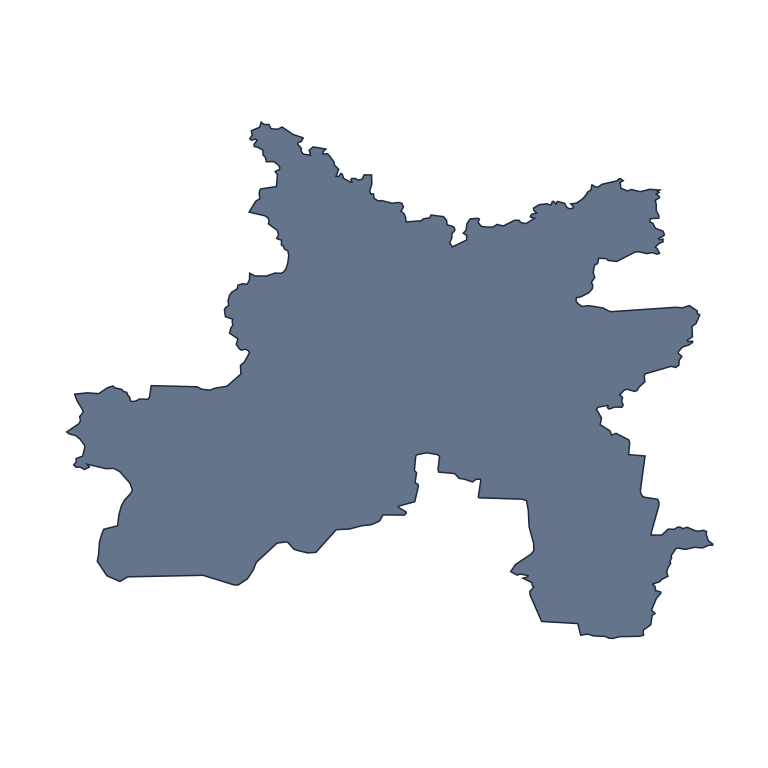 an SVG outline of Kirov, rotated 176°
{"feature_id": "RUS-2384", "entity_name": "Kirov", "entity_type": "Region", "adm_level": 1, "iso_a3": "RUS", "parent_name": "Russia", "parent_adm1": "", "projection": "natural_earth1", "projection_center": [49.311, 58.566], "detail": "fine", "context": "isolated", "style": "filled", "palette": "slate", "viewbox_px": 768, "rotation_deg": 176, "n_neighbors": 0, "source": "natural_earth", "source_scale": "10m", "svg_char_len": 6117}
<svg xmlns="http://www.w3.org/2000/svg" viewBox="0 0 768 768"><g transform="rotate(176 384 384)"><path d="M412.3,597.1L411.0,596.2L410.0,592.0L403.3,587.6L401.8,587.8L402.9,590.0L401.7,591.3L397.9,591.0L396.2,589.3L392.9,589.5L391.5,590.0L389.2,594.0L381.8,593.4L382.2,584.3L384.7,577.9L384.2,574.8L381.3,574.4L380.8,569.8L377.0,567.0L373.6,567.2L363.2,563.7L356.9,564.1L353.6,563.1L352.2,559.1L355.0,555.3L352.0,552.3L350.8,548.6L350.7,544.2L335.5,544.2L333.2,546.1L326.9,546.5L325.4,549.3L312.9,546.8L310.2,543.0L309.9,538.4L304.0,536.2L302.8,534.6L302.6,532.3L305.8,529.2L306.1,525.0L308.6,520.3L306.3,516.0L291.6,521.8L291.2,526.5L294.5,528.9L291.4,531.6L290.1,538.0L286.6,542.7L279.1,542.8L277.4,541.9L278.8,538.9L276.2,534.6L270.0,533.3L264.5,533.0L259.9,535.3L254.0,533.3L242.5,538.2L237.8,537.9L236.4,535.5L231.2,534.1L222.2,538.9L226.0,540.2L226.3,541.2L224.8,543.0L219.8,544.0L222.5,547.0L222.7,549.0L216.6,552.1L208.9,552.4L205.0,550.8L203.3,554.3L202.0,554.3L199.8,551.4L198.3,554.1L191.1,551.6L189.7,547.9L187.0,545.9L183.0,546.2L182.6,547.5L185.1,550.7L179.3,551.0L172.7,555.0L168.2,559.7L168.1,560.9L164.0,563.1L162.7,568.2L158.7,565.6L156.7,565.5L152.7,568.0L137.6,570.4L135.1,572.4L133.7,572.3L131.2,570.1L134.3,568.7L134.1,562.9L127.6,559.6L123.7,560.8L115.0,558.0L105.3,559.7L95.4,558.2L97.7,557.1L96.2,555.8L99.3,554.5L96.7,552.4L96.1,550.7L100.6,548.2L99.9,544.0L100.3,538.0L98.2,533.4L98.2,530.3L106.7,530.3L107.6,527.1L104.6,525.6L102.5,520.5L95.1,517.1L93.9,513.7L94.4,512.5L99.9,510.0L98.9,508.7L95.6,509.2L95.7,506.4L99.7,505.0L104.0,501.7L102.2,500.2L100.0,495.1L102.6,494.4L107.1,496.4L112.3,495.7L121.2,498.2L124.3,498.1L143.3,490.0L151.6,491.6L153.9,493.7L161.1,494.4L162.5,489.3L165.4,488.1L166.6,484.9L167.5,480.4L166.3,475.7L170.0,470.9L168.8,468.0L169.5,464.5L173.4,460.7L181.4,457.3L186.1,456.6L186.6,453.9L185.5,451.3L181.2,447.6L174.3,447.9L160.0,444.5L154.7,441.0L151.8,440.3L87.9,440.2L81.3,439.2L73.8,440.9L66.4,435.0L66.6,432.4L64.1,431.0L68.5,422.6L72.7,419.9L73.0,409.6L78.6,406.4L77.5,405.1L73.2,405.2L73.2,404.0L76.8,401.8L83.8,400.0L88.1,395.6L88.3,394.1L84.9,390.8L87.9,387.0L88.5,382.3L91.8,380.1L96.4,381.6L122.8,375.9L123.8,374.0L123.6,368.0L129.8,363.1L132.0,359.8L134.7,359.1L141.6,361.8L144.8,361.1L149.6,356.7L146.9,353.9L148.2,350.0L146.8,346.4L148.4,344.2L155.4,344.9L161.1,343.3L162.9,344.9L162.0,346.4L162.5,347.1L171.9,345.9L173.9,344.2L169.4,335.0L171.2,328.4L161.8,321.4L160.5,317.1L155.9,318.6L143.7,311.1L143.0,308.2L144.9,296.5L128.6,294.0L135.7,259.7L135.5,256.8L133.8,253.8L131.7,252.8L119.0,249.9L118.0,246.8L118.1,244.0L127.9,216.6L127.9,214.7L117.4,213.9L110.8,219.4L104.4,218.8L101.1,220.7L98.5,220.6L96.2,218.9L91.5,219.9L83.9,216.0L80.6,215.2L75.4,215.8L72.5,214.3L73.1,211.9L71.3,204.9L67.2,201.4L67.3,200.4L71.6,200.4L77.7,198.2L85.3,199.4L95.0,198.0L102.6,199.9L104.4,199.3L109.5,192.7L109.2,190.5L111.1,187.2L110.5,185.3L113.8,180.4L115.2,176.5L114.1,172.4L120.6,169.7L122.8,167.5L129.7,165.8L129.9,165.1L127.7,163.0L127.4,158.9L122.7,157.4L122.4,156.1L127.4,150.8L132.9,139.8L129.6,136.1L132.6,134.6L134.7,125.2L142.3,120.5L142.9,118.4L142.5,115.4L146.5,114.5L166.7,115.5L173.2,114.2L177.4,114.8L181.1,116.8L192.5,118.1L198.3,120.3L205.3,119.7L207.4,131.5L243.3,136.1L253.0,163.3L253.0,166.9L248.6,171.1L250.1,172.4L250.7,175.8L259.0,180.6L254.5,181.5L253.7,182.9L261.6,185.0L264.4,184.0L270.7,188.0L265.6,194.7L249.4,203.9L246.1,207.3L245.9,214.9L249.2,231.5L248.9,248.0L250.0,257.8L254.5,259.5L297.1,263.8L297.8,264.9L294.2,280.9L294.5,282.2L298.6,282.6L302.5,280.1L310.5,283.5L315.7,284.6L319.3,289.3L321.3,290.0L335.6,292.3L336.1,294.9L333.6,308.2L336.4,310.1L346.4,312.4L355.8,311.2L357.4,309.7L359.7,295.6L357.7,293.2L359.9,283.4L357.1,281.5L356.9,279.5L361.5,264.4L378.3,261.1L378.1,259.9L370.9,254.8L370.9,253.6L372.9,251.8L394.0,253.5L398.1,247.6L406.5,244.5L416.3,244.1L428.8,241.7L441.8,242.0L463.6,220.8L471.9,220.8L482.9,224.3L485.7,225.8L490.9,232.6L492.5,233.3L501.8,232.7L523.9,214.9L527.3,207.7L533.8,199.2L543.5,193.7L547.5,194.0L577.9,205.8L653.1,209.5L661.2,205.4L673.8,212.0L682.4,227.2L680.5,234.2L678.9,246.1L676.2,253.6L673.7,258.6L659.7,261.2L657.4,272.6L654.4,280.9L650.9,286.3L644.5,292.3L642.4,295.6L644.3,302.7L653.6,314.9L659.4,318.7L667.3,318.9L685.8,324.7L683.7,321.7L688.8,319.6L692.9,322.3L697.0,322.5L699.2,324.8L696.6,327.5L696.3,331.2L689.7,333.0L687.0,341.5L687.1,343.8L691.1,350.3L695.3,354.1L701.2,356.0L703.9,358.3L691.4,365.5L689.4,368.3L689.9,372.7L686.2,376.6L686.2,378.6L691.5,389.1L693.3,395.4L680.9,395.9L669.2,394.3L660.1,399.6L654.4,400.9L653.0,399.0L646.1,397.0L644.4,394.7L641.1,393.6L640.4,390.6L638.7,388.8L638.0,384.9L636.9,384.1L632.7,384.3L629.1,386.1L620.5,385.2L618.7,387.6L616.4,398.6L570.8,394.3L566.1,391.5L558.1,390.0L553.0,391.6L540.7,392.8L526.1,403.9L525.9,412.6L521.8,415.6L516.1,424.4L517.0,426.6L519.5,428.3L524.0,427.7L526.1,429.4L528.7,433.9L526.5,439.2L534.5,445.4L532.9,450.5L530.6,453.4L531.2,456.7L530.4,459.2L537.5,462.2L538.0,469.3L536.8,471.3L533.5,473.1L533.7,478.1L532.0,483.2L529.6,486.1L523.8,489.2L522.8,492.8L518.1,493.9L513.6,493.0L510.9,497.3L510.3,503.9L505.2,500.8L493.7,499.9L484.9,502.3L479.2,501.6L476.6,502.6L474.1,505.2L471.7,510.9L470.0,518.8L470.7,523.7L473.9,525.5L474.7,528.3L476.7,529.9L476.1,534.5L480.9,536.6L478.8,540.1L479.8,544.7L488.2,551.9L487.2,554.6L488.2,557.9L491.1,560.1L506.6,564.9L499.3,575.2L494.8,577.6L495.3,582.1L494.5,586.0L493.1,587.2L477.6,588.5L475.7,600.1L477.7,603.6L473.4,605.3L472.8,606.9L474.2,609.9L478.3,613.5L485.9,613.9L486.5,618.3L488.7,620.9L488.5,625.6L493.1,628.9L496.8,629.9L497.0,632.2L493.4,636.0L495.1,637.3L499.1,636.4L500.8,638.0L498.1,641.6L498.7,645.9L490.1,648.8L488.3,653.8L485.8,651.4L480.6,650.8L479.1,647.0L477.9,646.3L471.9,645.6L467.7,647.5L457.4,639.3L447.7,635.3L447.4,634.5L449.2,633.1L449.2,631.8L452.6,630.9L453.4,629.3L450.0,624.8L450.5,622.2L448.4,618.9L441.3,617.4L442.3,622.5L438.1,625.5L425.6,622.4L428.6,619.8L429.1,617.9L424.4,617.6L422.5,615.6L418.4,609.0L418.1,605.7L414.2,601.4L417.3,594.5L414.8,594.1L412.3,597.1Z" fill="#64748b" stroke="#1e293b" stroke-width="1.5"/></g></svg>